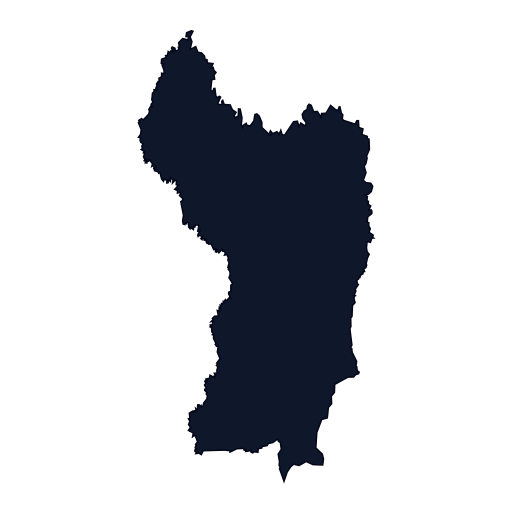 outline of Thung Yai, Nakhon Si Thammarat, Thailand
{"feature_id": "78962969B32450695169109", "entity_name": "Thung Yai", "entity_type": "district", "adm_level": 2, "iso_a3": "THA", "parent_name": "Thailand", "parent_adm1": "Nakhon Si Thammarat", "projection": "equal_earth", "projection_center": [99.344, 8.291], "detail": "fine", "context": "isolated", "style": "filled", "palette": "ink", "viewbox_px": 512, "rotation_deg": 0, "n_neighbors": 0, "source": "geoboundaries", "source_scale": "gbopen_adm2", "svg_char_len": 6064}
<svg xmlns="http://www.w3.org/2000/svg" viewBox="0 0 512 512"><path d="M322.7,465.0L323.5,458.9L322.3,454.1L315.8,447.9L316.8,432.5L321.7,419.5L327.3,417.9L328.4,407.4L331.6,403.8L331.3,396.1L334.4,392.5L334.7,384.4L348.0,377.1L353.6,377.0L355.7,374.6L358.6,373.7L359.1,372.1L357.2,370.6L356.7,366.7L355.9,366.5L356.6,361.4L352.2,352.4L351.7,348.4L350.4,348.0L351.9,345.0L349.9,328.9L350.9,326.5L350.7,318.0L352.0,316.4L352.5,305.5L355.1,302.6L354.0,299.0L354.3,296.1L355.4,295.7L354.3,294.7L355.9,290.9L355.2,289.3L358.3,284.6L357.1,283.5L357.0,279.9L358.7,278.9L358.7,277.3L359.8,277.6L360.6,275.1L362.9,273.9L363.3,271.7L364.6,271.5L363.7,268.8L365.8,267.7L366.7,265.1L366.1,264.1L367.4,258.1L369.2,254.3L367.1,251.7L366.5,247.8L367.1,241.5L370.4,242.4L371.8,238.2L373.6,238.0L372.6,237.3L373.2,235.1L369.0,232.3L370.3,228.7L368.7,225.8L368.8,222.7L367.2,222.1L367.8,216.8L371.8,213.6L371.9,211.6L371.4,210.0L368.9,209.9L370.7,205.9L368.2,204.3L368.4,201.3L366.9,200.9L367.4,196.4L365.0,195.0L368.7,194.0L371.3,191.5L372.7,186.2L370.7,183.2L366.0,182.7L363.3,180.2L366.0,172.7L364.2,166.4L365.9,163.5L367.1,158.2L366.6,156.0L369.4,149.4L369.0,139.1L367.1,138.4L367.3,136.4L361.9,134.5L363.0,128.9L358.9,127.5L358.4,120.7L356.9,120.7L355.1,124.1L343.3,120.3L342.3,118.5L342.8,114.9L341.3,112.9L339.9,106.8L339.1,106.9L338.1,110.4L335.5,109.6L330.6,105.4L326.0,113.2L321.6,113.5L321.1,117.2L317.3,111.4L313.7,111.8L311.2,105.3L309.1,104.2L307.6,106.0L307.1,109.4L304.1,111.3L302.2,114.5L303.1,118.6L306.0,122.4L305.9,125.1L304.3,125.4L300.8,123.0L298.9,126.6L297.4,121.2L293.6,121.7L284.3,135.6L282.0,134.3L280.8,130.3L279.2,134.1L276.9,131.7L272.8,133.6L270.4,130.8L269.8,132.3L270.8,135.1L269.9,135.0L261.9,127.5L261.8,122.2L259.2,116.1L256.9,113.9L254.9,114.5L253.8,121.0L250.1,125.9L247.0,125.3L246.2,123.3L243.2,125.3L242.6,127.4L241.3,125.0L242.0,117.9L240.2,109.1L238.5,108.9L238.3,115.9L235.1,117.8L234.2,115.6L236.1,112.3L232.3,109.7L230.2,104.9L224.2,104.5L222.7,100.3L221.7,101.4L222.1,104.9L217.5,104.0L220.6,97.1L219.2,96.3L217.4,97.7L215.9,96.0L214.9,88.4L213.8,88.5L212.5,92.0L210.7,89.9L211.8,79.7L214.7,79.1L214.0,75.1L216.0,72.4L213.9,70.3L213.2,67.4L211.2,68.0L213.0,63.6L207.3,62.9L207.0,59.7L204.9,59.1L204.5,56.0L201.5,52.9L197.8,52.2L195.7,46.6L190.1,49.5L191.9,41.6L190.1,36.9L193.0,31.3L191.5,30.7L186.6,32.7L186.0,36.6L188.6,36.6L187.9,39.9L182.7,38.5L178.6,42.7L179.3,47.1L178.3,47.3L178.8,48.9L177.9,50.2L175.4,51.0L174.9,48.2L172.2,47.0L171.5,48.1L173.1,52.3L170.9,50.9L169.8,52.6L168.2,51.5L167.4,55.4L165.6,55.6L166.3,57.4L161.6,59.2L161.3,63.4L163.3,64.0L162.1,65.1L164.1,70.6L163.9,73.7L161.6,73.2L161.6,76.7L158.9,78.3L159.5,81.9L158.2,81.4L156.5,84.1L157.1,85.0L155.8,88.3L156.5,90.1L154.0,89.7L154.2,91.4L152.5,93.2L151.8,99.8L153.0,102.0L151.1,104.3L151.9,106.6L150.7,106.2L148.8,109.5L149.5,111.0L148.8,114.0L143.3,119.9L141.5,118.6L138.8,120.4L139.5,121.6L138.4,122.5L141.2,129.6L140.5,134.6L138.4,137.3L140.9,138.2L140.0,140.0L140.8,142.4L143.2,143.8L141.8,146.1L142.5,148.6L141.2,149.5L144.4,151.5L143.4,152.9L144.7,153.3L143.5,156.9L144.7,159.3L146.1,158.6L144.2,160.7L145.7,161.4L145.3,162.9L146.8,162.9L146.4,161.0L147.2,161.8L148.6,161.1L148.4,160.0L149.7,160.1L152.5,163.8L151.8,166.4L153.2,165.6L154.1,166.5L153.8,168.1L155.2,167.8L154.2,169.5L154.6,170.7L158.3,171.9L158.6,173.2L160.0,172.6L161.6,179.0L163.5,181.3L164.3,179.0L166.9,180.5L166.8,183.0L168.0,182.8L168.8,180.0L170.4,181.4L170.6,177.7L173.7,180.6L172.9,180.6L172.6,182.9L175.0,180.2L176.5,180.4L176.2,184.7L178.4,185.3L174.7,189.4L177.5,190.4L177.4,193.1L179.8,192.3L180.6,193.5L179.5,195.6L182.7,198.4L182.6,200.4L180.8,201.6L183.5,215.4L182.6,220.7L183.2,224.1L184.9,224.6L185.3,223.2L186.5,223.7L186.5,222.4L188.6,222.7L188.6,227.0L190.0,228.7L190.3,227.4L193.4,229.5L193.5,227.3L194.9,227.0L195.4,224.9L198.8,225.3L197.8,231.2L199.8,230.7L197.7,235.1L198.1,236.4L199.0,235.4L202.2,236.3L200.9,238.7L202.0,239.6L202.4,238.2L204.2,239.3L205.0,238.4L204.4,240.2L206.5,240.1L206.2,242.0L207.1,243.3L208.0,242.4L208.6,244.1L211.2,244.0L213.7,249.6L215.6,248.8L215.4,251.8L216.6,252.2L217.1,250.0L218.9,252.8L222.3,249.0L222.7,251.2L224.6,251.6L225.3,253.4L224.5,255.1L226.9,254.6L228.4,258.1L227.8,259.8L229.1,262.9L227.9,267.2L229.1,267.3L228.2,269.2L229.9,271.3L230.1,274.5L229.0,277.7L232.6,283.6L230.8,285.3L230.8,291.5L228.8,292.1L228.5,293.3L230.3,297.9L229.5,297.4L226.3,300.8L225.4,299.6L224.3,301.5L223.3,301.3L223.7,302.8L221.5,303.5L221.9,305.7L220.2,305.1L220.7,308.3L219.3,307.3L219.0,311.1L217.3,310.5L218.4,316.0L214.6,316.2L212.4,318.4L213.2,319.4L211.1,321.7L212.8,321.4L212.5,324.8L210.2,324.9L210.6,326.6L209.5,326.9L211.6,327.3L211.8,331.8L213.5,333.8L212.4,334.7L213.6,335.1L213.5,338.5L215.9,343.3L215.2,344.4L216.7,346.4L218.2,346.4L217.3,352.0L220.0,358.7L216.7,363.1L217.7,363.8L216.4,365.3L217.8,366.9L216.8,370.4L217.2,373.0L214.3,373.3L215.5,375.7L214.2,376.0L214.5,377.6L210.0,375.2L209.6,378.2L206.1,379.0L207.4,381.1L206.1,381.8L205.4,380.6L204.8,381.6L206.2,382.7L204.5,385.0L206.6,388.6L204.8,389.1L204.7,390.3L206.9,392.6L206.2,394.0L207.4,395.6L206.8,399.1L203.8,402.8L203.1,405.9L201.6,406.9L201.2,405.6L200.6,406.6L199.1,404.8L197.7,404.9L197.3,410.2L195.8,408.7L196.2,410.4L194.1,410.9L194.0,412.0L192.6,411.1L189.3,413.2L189.9,417.8L188.4,418.8L189.9,421.0L188.6,424.6L190.6,427.5L188.4,430.3L189.2,430.9L189.5,429.8L189.9,431.2L193.3,432.9L192.6,436.7L194.3,435.4L195.5,436.4L197.6,441.8L195.6,444.3L196.2,444.9L195.2,447.4L196.3,449.4L195.2,449.4L194.8,451.1L196.4,452.3L195.8,453.6L198.7,453.1L201.3,454.6L203.3,450.7L224.6,450.1L229.9,450.7L230.0,452.1L236.9,448.7L243.5,448.4L244.2,450.2L245.7,450.0L245.7,451.5L250.9,450.6L251.0,452.1L252.5,452.9L254.4,451.8L257.9,452.3L258.3,448.7L261.8,448.0L262.1,446.5L267.2,445.6L268.3,443.5L272.7,442.6L277.7,439.0L278.4,441.2L280.4,442.6L281.3,449.4L278.2,454.2L279.5,461.8L279.1,465.2L280.2,467.4L279.5,468.5L284.0,481.3L287.2,472.0L290.6,466.8L293.7,464.2L299.0,465.5L306.2,461.5L312.9,464.6L322.7,465.0Z" fill="#0f172a" stroke="#020617" stroke-width="1.5"/></svg>